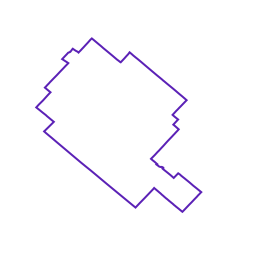 the district of Daneti, Dolj, Romania, rotated 23°
{"feature_id": "2599482B50107441786300", "entity_name": "Daneti", "entity_type": "district", "adm_level": 2, "iso_a3": "ROU", "parent_name": "Romania", "parent_adm1": "Dolj", "projection": "robinson", "projection_center": [24.066, 43.939], "detail": "fine", "context": "isolated", "style": "outline", "palette": "violet", "viewbox_px": 256, "rotation_deg": 23, "n_neighbors": 0, "source": "geoboundaries", "source_scale": "gbopen_adm2", "svg_char_len": 3496}
<svg xmlns="http://www.w3.org/2000/svg" viewBox="0 0 256 256"><g transform="rotate(23 128 128)"><path d="M210.8,183.9L211.0,183.5L211.8,181.4L214.3,174.7L215.7,171.2L216.9,167.9L218.3,164.3L218.8,162.7L219.6,160.8L219.8,160.1L220.5,158.4L219.5,158.1L213.9,156.5L210.6,155.6L208.5,154.9L206.0,154.1L203.3,153.3L202.2,153.0L199.5,152.2L197.6,151.7L196.6,151.4L195.5,151.1L194.3,150.6L192.9,150.3L191.9,150.1L189.9,155.3L189.6,156.1L185.4,154.7L181.6,153.6L176.9,152.3L175.7,151.9L176.2,150.9L176.0,150.7L175.0,150.6L174.4,150.6L173.8,150.8L173.5,151.0L173.1,151.2L172.8,151.2L172.2,151.3L171.6,151.3L170.6,151.0L168.5,150.5L168.9,149.8L167.9,149.5L166.5,149.0L164.9,148.5L163.7,148.2L162.1,147.7L161.2,147.4L161.3,147.1L161.4,146.9L161.9,145.7L163.3,142.2L164.7,138.2L165.0,137.6L166.8,132.6L167.3,131.3L168.2,128.7L168.8,126.9L169.8,124.1L170.1,123.3L172.0,118.3L172.3,117.4L172.7,116.3L173.0,115.6L173.4,114.4L173.9,113.0L174.6,111.2L175.2,109.4L174.6,109.2L170.4,107.8L168.4,107.2L168.5,106.9L170.5,101.4L170.8,100.6L166.9,99.5L165.0,98.9L163.9,98.5L164.7,96.3L165.9,92.9L166.2,92.3L167.3,89.3L167.8,88.1L169.1,84.7L170.3,81.6L171.1,79.5L169.9,79.1L164.6,77.4L163.2,77.0L160.9,76.3L157.5,75.2L153.9,74.1L146.4,71.9L142.8,70.8L141.9,70.6L140.9,70.2L137.9,69.3L134.1,68.2L127.9,66.3L122.4,64.6L119.5,63.7L113.8,61.9L109.8,60.7L107.6,60.1L104.5,59.2L102.5,58.5L101.2,58.1L100.5,57.9L99.9,57.7L99.7,58.4L99.7,58.8L99.2,60.4L98.8,61.5L98.5,62.3L98.0,63.8L97.5,65.3L95.6,70.4L95.4,70.4L95.0,70.3L94.3,70.1L92.8,69.7L91.1,69.3L85.4,67.5L76.7,64.9L74.3,64.2L71.0,63.1L68.3,62.3L62.1,60.4L59.7,59.7L59.0,61.2L58.2,63.6L57.7,65.1L57.3,66.2L56.5,68.4L55.4,71.5L54.9,72.8L54.3,74.5L54.0,75.3L53.8,75.8L53.4,76.7L53.0,77.9L52.1,77.6L51.6,77.5L51.1,77.4L50.4,77.4L49.0,77.2L47.5,76.9L46.5,76.7L46.2,76.6L46.0,77.1L45.7,78.3L45.5,79.1L45.4,79.5L44.6,79.3L44.9,79.4L45.0,79.6L45.0,79.9L45.0,80.3L45.0,80.6L44.9,80.7L44.8,80.9L44.5,81.1L44.4,81.2L44.1,81.6L43.8,81.8L43.7,81.9L43.5,82.1L43.0,83.6L42.2,85.7L41.3,88.1L40.5,90.3L42.2,90.6L44.4,91.0L46.2,91.3L47.7,91.6L47.4,92.5L46.2,95.5L45.1,98.5L43.3,103.2L41.8,107.3L40.1,111.6L38.8,115.0L38.2,116.5L37.8,117.8L37.0,119.8L36.1,122.4L35.8,123.0L35.7,123.3L38.6,124.2L42.7,125.4L41.4,128.9L38.9,136.1L36.8,141.2L35.6,144.6L35.5,144.9L39.8,146.1L43.2,147.1L47.3,148.2L48.9,148.8L55.6,150.8L57.3,151.3L56.6,153.1L52.4,163.3L52.1,163.9L52.3,164.0L53.6,164.4L54.1,164.6L55.1,164.9L58.7,166.0L61.4,166.8L68.4,169.0L85.6,174.3L87.2,174.8L98.6,178.3L100.7,178.9L103.4,179.7L110.1,181.6L116.1,183.4L130.2,187.7L166.0,198.3L168.0,192.9L170.7,186.0L175.0,174.6L175.5,173.0L176.0,173.2L176.4,173.3L176.9,173.4L177.3,173.6L177.7,173.7L178.1,173.8L178.6,174.0L179.0,174.1L179.4,174.2L179.9,174.4L180.3,174.5L180.7,174.6L181.2,174.8L181.6,174.9L182.1,175.1L182.5,175.2L182.9,175.3L183.5,175.5L184.1,175.7L184.8,176.0L185.4,176.2L186.1,176.4L186.7,176.6L187.4,176.8L188.1,177.1L188.8,177.3L189.4,177.5L189.8,177.6L190.0,177.7L190.6,177.9L191.2,178.0L191.8,178.2L192.5,178.4L193.1,178.6L193.5,178.7L193.7,178.8L193.8,178.8L194.2,179.0L194.4,179.0L194.8,179.1L195.3,179.3L195.8,179.4L196.2,179.5L196.7,179.7L197.0,179.8L197.7,180.0L198.3,180.1L198.8,180.3L199.3,180.5L199.6,180.5L199.9,180.7L200.5,180.9L201.1,181.1L201.7,181.2L202.3,181.4L202.9,181.6L203.5,181.8L204.1,181.9L204.7,182.1L205.3,182.3L205.9,182.4L206.5,182.6L207.1,182.8L207.7,183.0L208.2,183.1L208.8,183.3L209.4,183.5L209.8,183.6L210.2,183.7L210.8,183.9Z" fill="none" stroke="#5b21b6" stroke-width="2"/></g></svg>